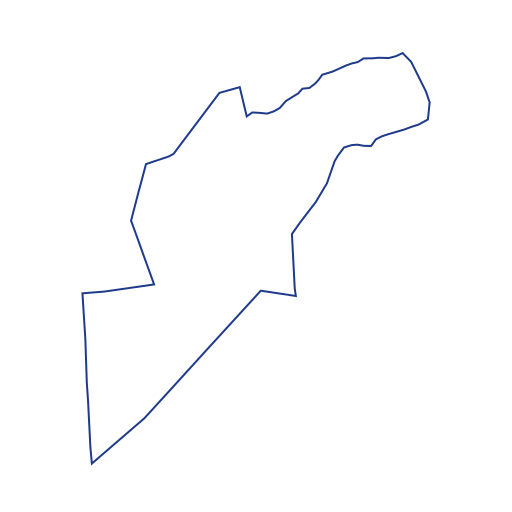 the district of Sussuapara, Piauí, Brazil, rotated 80°
{"feature_id": "56859067B50131316472878", "entity_name": "Sussuapara", "entity_type": "district", "adm_level": 2, "iso_a3": "BRA", "parent_name": "Brazil", "parent_adm1": "Piauí", "projection": "robinson", "projection_center": [-41.387, -7.006], "detail": "fine", "context": "isolated", "style": "outline", "palette": "blue", "viewbox_px": 512, "rotation_deg": 80, "n_neighbors": 0, "source": "geoboundaries", "source_scale": "gbopen_adm2", "svg_char_len": 1036}
<svg xmlns="http://www.w3.org/2000/svg" viewBox="0 0 512 512"><g transform="rotate(80 256 256)"><path d="M134.8,58.3L123.8,60.0L91.7,69.5L81.6,76.4L83.5,83.3L84.1,90.7L82.0,101.2L81.6,106.6L80.1,115.8L82.7,122.1L83.0,128.1L84.0,134.1L87.7,148.6L89.0,159.3L93.2,163.6L96.4,167.7L99.8,174.3L99.3,181.2L103.2,186.2L105.8,192.8L108.7,199.9L114.3,206.8L116.6,213.1L117.7,220.3L115.6,227.9L114.0,234.7L116.9,240.9L86.9,242.7L89.0,263.7L128.5,306.0L134.0,311.9L141.1,319.4L142.9,324.9L145.3,341.3L146.4,348.4L162.4,355.8L172.6,360.6L199.5,372.9L223.9,368.6L232.4,367.2L266.3,361.3L264.7,411.6L262.6,433.4L308.3,438.5L351.2,444.6L369.9,446.6L415.4,452.3L431.9,453.7L396.4,394.1L366.2,354.9L340.2,321.3L291.0,257.3L302.3,223.7L294.7,223.5L240.6,216.8L230.8,206.9L219.0,194.1L213.6,188.1L196.6,173.4L190.1,169.8L176.3,162.1L171.4,157.9L164.4,150.5L163.4,142.5L164.0,136.7L166.3,130.4L167.6,123.5L161.9,117.6L160.0,111.3L159.0,104.6L157.2,88.0L155.8,80.4L154.8,73.1L151.4,63.0L134.8,58.3Z" fill="none" stroke="#1e3a8a" stroke-width="2"/></g></svg>